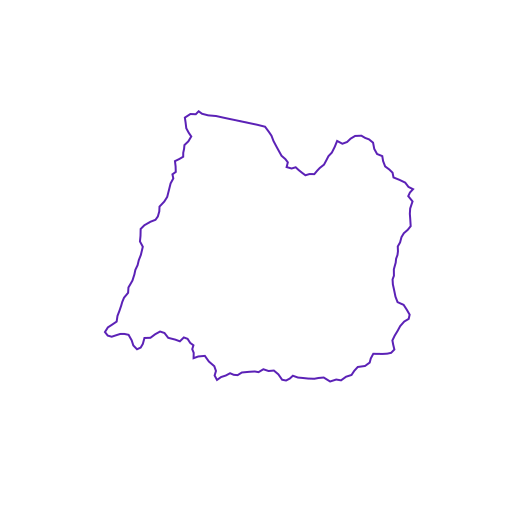 outline of Santa Isabel, São Paulo, Brazil, rotated 147°
{"feature_id": "56859067B62308416840067", "entity_name": "Santa Isabel", "entity_type": "district", "adm_level": 2, "iso_a3": "BRA", "parent_name": "Brazil", "parent_adm1": "São Paulo", "projection": "albers", "projection_center": [-46.238, -23.295], "detail": "fine", "context": "isolated", "style": "outline", "palette": "violet", "viewbox_px": 512, "rotation_deg": 147, "n_neighbors": 0, "source": "geoboundaries", "source_scale": "gbopen_adm2", "svg_char_len": 2645}
<svg xmlns="http://www.w3.org/2000/svg" viewBox="0 0 512 512"><g transform="rotate(147 256 256)"><path d="M233.7,410.8L240.3,410.8L242.4,406.2L244.9,401.1L245.3,396.1L245.2,391.5L250.3,389.0L255.6,388.0L258.0,385.0L260.8,382.2L263.0,378.9L267.4,379.1L272.3,379.7L274.6,375.0L277.5,370.2L281.6,370.0L283.1,366.1L288.1,363.4L292.7,359.1L298.3,353.9L303.3,351.6L310.0,350.0L312.8,346.1L316.8,342.6L320.6,341.1L325.8,342.2L332.8,342.6L338.0,341.5L341.9,335.8L345.4,331.4L345.9,325.4L352.0,319.6L356.5,316.4L360.3,312.8L364.7,310.1L368.0,306.8L373.0,302.7L376.3,301.0L380.1,299.1L383.3,294.8L389.4,292.9L393.2,290.3L396.2,287.7L400.4,284.4L404.8,281.2L408.6,276.9L414.1,276.8L419.1,276.8L424.1,274.5L423.7,270.0L421.0,266.9L416.8,265.8L412.4,264.6L408.8,262.3L405.8,259.3L406.2,253.0L407.6,247.8L406.6,242.6L402.6,242.0L398.8,243.9L394.2,248.0L389.1,244.9L383.1,245.3L377.6,244.9L374.7,241.3L374.2,235.2L369.3,229.9L366.3,225.9L360.9,227.0L358.5,223.8L358.5,218.9L357.1,215.2L360.2,212.6L361.0,208.7L364.0,204.3L359.2,203.2L353.3,200.1L353.0,193.2L351.0,186.3L352.2,181.4L355.8,178.3L356.2,173.3L351.2,173.5L346.4,172.2L341.6,171.8L339.4,168.5L336.3,166.1L331.3,166.0L324.8,162.6L319.9,159.8L317.1,157.2L311.5,157.0L308.1,152.7L303.4,150.2L301.7,144.6L301.5,138.0L298.6,135.2L294.4,134.8L290.3,135.5L287.0,131.2L283.8,128.7L279.0,124.8L274.0,121.3L269.9,119.6L265.4,117.2L262.2,110.4L256.0,108.7L252.4,105.4L246.2,105.7L240.7,104.2L236.1,106.2L231.1,107.5L224.5,104.4L218.7,104.7L215.5,107.6L210.9,110.1L206.6,107.2L202.8,104.7L199.1,102.6L195.4,101.2L190.9,102.2L189.2,107.0L187.6,110.9L183.0,113.7L178.0,116.1L173.2,118.7L167.4,120.3L162.2,120.1L159.1,123.1L158.8,128.7L158.8,134.6L162.4,140.2L161.2,145.9L158.3,153.3L156.7,157.6L154.2,162.0L151.1,164.3L147.6,169.8L142.5,174.3L140.0,177.4L136.8,179.8L134.4,182.6L131.9,186.8L127.8,188.9L123.7,192.6L119.6,194.6L114.5,195.3L110.0,196.8L106.4,203.2L104.0,207.6L100.8,211.9L95.0,216.5L95.7,223.3L92.3,225.4L87.9,226.5L90.5,230.9L90.9,236.3L94.2,241.7L97.9,247.0L96.1,251.5L97.1,256.0L98.9,260.8L97.7,266.4L95.7,271.0L98.9,275.6L98.5,281.4L96.1,287.3L97.7,292.3L100.1,295.5L102.1,299.5L107.5,302.7L112.7,302.9L117.5,302.0L122.4,303.1L125.3,308.3L130.6,304.6L136.1,301.4L140.8,300.3L145.0,297.9L149.2,295.6L154.6,295.1L158.3,294.2L162.5,292.9L166.5,295.6L170.6,296.8L172.0,300.6L173.4,304.8L174.4,308.8L178.5,310.0L181.9,313.9L178.3,317.2L178.6,321.3L180.0,326.1L179.7,330.5L179.3,336.1L178.7,342.9L177.5,348.5L177.6,353.0L178.0,359.5L183.5,365.4L203.8,385.6L208.3,390.1L213.2,395.1L219.5,400.0L223.8,404.7L225.3,408.6L229.3,407.7L233.7,410.8Z" fill="none" stroke="#5b21b6" stroke-width="2"/></g></svg>